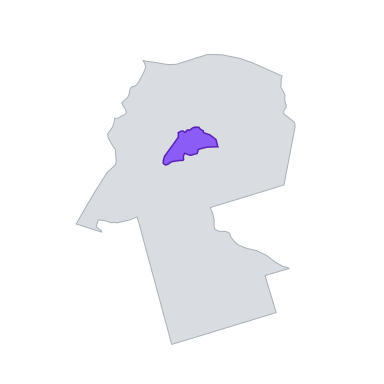 Guatemala, with Baja Verapaz highlighted, rotated 163°
{"feature_id": "GTM-1942", "entity_name": "Baja Verapaz", "entity_type": "Department", "adm_level": 1, "iso_a3": "GTM", "parent_name": "Guatemala", "parent_adm1": "", "projection": "robinson", "projection_center": [-90.369, 15.089], "detail": "fine", "context": "in_parent", "style": "filled", "palette": "violet", "viewbox_px": 384, "rotation_deg": 163, "n_neighbors": 0, "source": "natural_earth", "source_scale": "10m", "svg_char_len": 2611}
<svg xmlns="http://www.w3.org/2000/svg" viewBox="0 0 384 384"><g transform="rotate(163 192 192)"><path d="M71.9,276.5L73.4,274.7L74.7,270.6L76.4,266.5L75.4,261.6L74.8,257.7L76.7,252.0L76.5,247.8L77.4,245.1L80.1,243.4L81.5,240.2L73.8,229.0L73.8,226.4L74.8,223.3L81.2,211.3L88.7,197.0L97.0,181.3L102.0,171.9L120.1,171.8L132.1,171.8L147.3,171.8L163.8,171.8L174.7,171.8L179.2,171.7L178.4,165.5L179.0,158.7L181.0,152.6L181.0,149.8L177.8,146.5L171.5,144.6L168.0,141.6L168.0,137.9L166.5,133.4L163.4,128.1L157.1,122.7L147.6,117.1L139.4,109.7L132.7,100.4L127.1,94.4L122.7,91.8L121.7,90.5L134.5,90.6L146.6,90.7L146.7,77.4L146.7,65.5L146.8,52.1L168.8,52.1L194.9,52.1L222.1,52.1L243.4,52.2L256.0,52.2L255.4,68.8L254.8,88.1L254.3,102.3L253.7,121.2L253.1,140.5L252.2,166.9L251.7,183.9L251.9,184.3L259.1,183.5L269.6,184.2L272.2,184.2L275.5,185.7L278.0,186.1L283.4,189.9L289.7,192.8L293.7,187.0L291.5,183.5L290.0,181.6L290.2,180.1L312.1,195.3L309.6,197.6L304.0,203.0L293.9,212.3L284.9,220.5L276.2,228.0L268.3,234.8L267.4,235.5L257.4,240.3L255.8,242.5L253.6,252.1L252.7,254.5L254.5,259.8L256.3,268.0L255.7,272.2L248.8,277.5L245.7,282.3L244.3,285.3L243.0,284.5L240.9,284.3L236.0,285.5L233.6,285.7L231.6,287.1L231.4,290.1L232.7,294.9L233.2,297.3L231.8,298.5L225.8,301.3L223.4,304.2L221.1,308.6L218.4,310.4L215.6,310.1L213.7,310.7L209.5,314.1L203.1,320.5L199.7,325.2L199.7,328.8L200.3,331.9L177.3,320.7L169.6,318.7L137.2,319.0L123.3,314.5L107.5,306.0L96.8,298.2L71.9,276.5Z" fill="#d9dde1" stroke="#a8b0b8" stroke-width="1"/><path d="M182.0,252.2L181.7,251.4L181.3,251.0L180.3,251.2L179.8,251.6L179.7,252.0L179.4,252.3L178.6,252.5L177.9,252.6L177.4,252.5L176.9,252.2L176.6,251.6L176.2,251.6L175.2,252.2L173.7,252.8L172.2,253.2L171.3,253.0L170.9,253.0L170.6,253.2L170.4,253.3L170.0,253.1L169.6,252.5L168.7,252.7L166.5,251.9L165.9,250.1L165.6,249.5L165.2,249.0L164.8,248.7L164.4,248.3L163.3,247.1L163.5,245.6L163.6,245.3L158.2,241.5L153.7,235.1L154.1,227.6L154.6,227.9L164.5,230.5L171.5,230.9L173.5,230.7L175.8,227.3L177.2,227.4L178.5,227.4L180.6,227.4L182.0,227.4L183.3,227.8L186.6,230.3L187.2,231.0L187.4,231.1L187.6,231.0L188.2,230.7L188.5,230.4L189.2,229.4L189.5,229.1L189.9,228.5L190.4,226.3L190.4,225.9L190.5,225.8L190.6,225.4L190.8,225.2L191.1,225.0L191.9,225.0L194.8,225.8L201.3,226.8L203.7,226.7L205.6,225.9L206.2,225.7L208.9,225.5L209.1,225.5L209.3,225.6L209.7,225.9L210.4,226.6L210.7,227.0L210.8,227.3L211.0,227.6L210.9,228.3L210.3,230.3L207.6,234.5L206.0,235.5L203.7,237.3L198.6,241.1L189.1,248.4L188.1,251.7L187.8,252.8L184.7,253.4L182.8,253.0L182.0,252.2Z" fill="#8b5cf6" stroke="#5b21b6" stroke-width="1.5"/></g></svg>